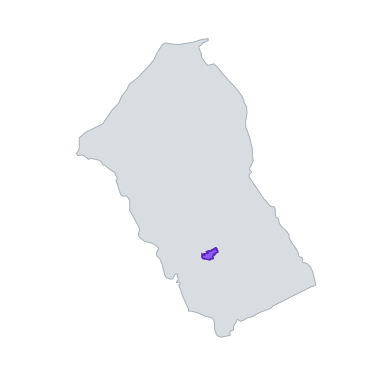 location of Tamale Metropolitan, Northern, Ghana, rotated 154°
{"feature_id": "2480657B1027184338147", "entity_name": "Tamale Metropolitan", "entity_type": "district", "adm_level": 2, "iso_a3": "GHA", "parent_name": "Ghana", "parent_adm1": "Northern", "projection": "natural_earth1", "projection_center": [-0.697, 9.383], "detail": "fine", "context": "in_parent", "style": "filled", "palette": "violet", "viewbox_px": 384, "rotation_deg": 154, "n_neighbors": 0, "source": "geoboundaries", "source_scale": "gbopen_adm2", "svg_char_len": 5445}
<svg xmlns="http://www.w3.org/2000/svg" viewBox="0 0 384 384"><g transform="rotate(154 192 192)"><path d="M229.5,48.7L232.0,51.4L232.6,53.0L231.7,58.9L229.8,63.0L228.7,66.9L228.8,68.8L230.0,70.8L233.8,73.8L235.7,75.8L238.0,78.8L240.7,81.7L245.2,85.5L247.1,86.2L247.0,87.3L246.4,88.7L246.0,102.9L245.6,106.5L245.3,108.4L244.9,113.7L244.4,114.4L243.6,114.4L242.8,114.6L242.6,115.6L242.9,116.7L245.6,117.5L245.0,118.3L243.0,119.0L242.1,120.6L242.5,122.4L241.4,123.9L241.7,124.9L242.4,125.6L243.6,125.3L246.7,122.9L248.1,122.6L249.7,123.1L252.8,126.8L252.9,128.7L251.7,134.9L250.5,139.7L250.3,146.1L251.6,149.7L251.4,151.7L250.0,153.4L246.8,155.9L247.1,157.6L248.5,160.8L251.2,164.3L256.4,168.6L259.1,174.3L259.2,176.6L257.6,178.9L255.7,180.9L255.1,183.8L256.0,202.8L251.9,211.0L251.8,213.4L252.2,216.1L253.3,217.8L255.4,218.2L257.2,219.8L256.6,225.6L255.6,231.5L255.5,234.4L255.0,235.7L253.4,236.8L252.8,238.7L253.2,241.0L252.9,242.7L253.8,244.9L255.6,247.6L258.7,254.4L259.8,255.0L260.3,256.4L260.0,257.8L261.2,260.8L264.5,263.8L268.1,266.4L270.9,266.8L271.6,269.2L273.5,272.2L274.8,273.5L277.0,274.3L278.8,274.8L278.9,277.3L275.7,279.0L273.5,281.6L271.8,285.6L269.6,290.0L261.7,292.3L258.7,292.3L242.5,292.4L227.3,301.0L218.6,304.1L213.3,308.9L206.1,312.3L201.0,316.5L190.6,318.5L173.4,325.1L168.0,327.7L162.6,332.3L153.8,337.6L150.3,337.6L143.4,332.6L138.2,330.0L125.5,326.2L116.0,324.7L111.4,323.1L110.2,322.8L111.2,321.0L113.9,320.9L116.7,321.4L118.8,320.1L121.9,319.9L122.7,318.4L122.9,314.8L122.9,311.9L124.0,310.6L124.3,307.2L122.7,299.6L121.7,298.7L116.1,297.6L115.7,296.1L114.7,294.5L113.7,290.6L112.5,284.7L110.5,277.5L106.8,265.5L105.9,261.3L105.3,257.0L105.1,251.9L105.9,250.0L105.8,247.3L105.5,244.7L108.1,238.6L113.3,231.2L114.3,228.5L115.3,226.6L115.4,223.9L116.4,215.2L118.8,204.8L120.4,200.8L121.4,198.7L122.7,195.2L123.0,193.5L127.8,189.4L129.9,188.3L130.4,186.7L129.7,184.9L130.0,183.7L131.1,183.1L132.9,182.6L134.2,181.0L132.2,168.0L130.6,155.1L130.5,154.0L129.5,152.3L128.6,146.9L127.0,143.8L124.8,142.9L124.8,140.0L127.0,135.0L127.6,132.1L126.5,131.2L126.4,129.0L127.2,125.3L126.8,123.1L126.4,120.7L124.1,115.0L123.5,111.0L124.7,108.7L124.7,103.6L123.4,95.7L123.2,90.7L124.1,88.6L123.7,86.7L122.0,84.8L121.9,83.0L123.3,81.2L123.1,79.8L121.3,78.8L119.7,76.4L118.3,72.5L118.6,66.4L121.3,55.0L121.7,54.0L124.7,54.1L124.7,54.6L134.2,54.5L145.0,54.4L158.0,54.2L169.7,54.1L170.2,53.6L172.2,52.9L184.1,54.1L191.5,53.5L194.6,53.9L196.9,54.7L202.1,54.2L204.8,54.5L206.9,57.3L207.7,57.3L208.9,56.1L210.9,54.7L213.0,53.6L214.5,51.4L215.4,49.7L216.7,50.1L218.7,50.0L220.0,48.6L220.5,46.4L229.5,48.7Z" fill="#d9dde1" stroke="#a8b0b8" stroke-width="1"/><path d="M209.7,126.1L209.4,126.2L205.9,123.2L205.3,123.6L205.2,123.3L204.8,123.5L204.7,123.7L204.5,123.8L204.4,123.8L204.3,124.0L204.3,123.9L204.2,123.9L204.3,123.9L204.3,123.7L204.2,123.7L203.9,123.5L203.7,123.5L203.6,123.4L203.4,123.3L203.4,123.2L203.2,123.1L202.9,122.9L202.7,122.8L202.6,123.0L202.4,123.3L202.3,123.2L201.9,123.2L201.8,123.3L201.7,123.9L201.8,124.8L201.7,125.1L201.1,125.4L201.0,125.5L200.9,125.6L200.6,125.7L200.2,125.9L200.0,126.1L199.8,126.2L199.6,126.4L199.5,126.1L199.5,125.9L199.4,126.0L199.4,125.8L199.3,125.5L199.1,125.5L198.8,125.8L198.5,126.3L198.1,126.3L198.1,126.6L195.1,126.6L194.9,127.6L194.7,127.7L194.7,127.9L194.7,128.1L194.7,128.4L194.8,128.4L194.9,128.6L195.0,128.8L195.2,129.1L195.3,129.2L195.2,129.2L195.2,129.3L195.1,129.5L194.9,129.6L194.6,129.7L194.6,129.8L194.6,130.2L194.6,130.5L194.7,130.9L194.7,131.0L194.8,131.2L194.9,131.3L195.1,131.4L195.3,131.4L195.5,131.4L195.6,131.5L195.7,131.4L195.8,131.4L196.0,131.5L196.4,131.3L196.5,131.3L196.7,131.2L196.9,131.1L197.0,131.0L197.3,131.0L197.5,130.9L197.8,131.3L197.9,131.2L198.0,131.2L198.6,131.0L198.8,131.1L199.0,131.1L199.0,131.3L199.1,131.5L199.1,131.4L199.3,131.3L199.5,131.4L199.8,131.3L199.8,131.2L200.0,130.9L200.3,130.8L200.4,130.7L200.7,130.5L200.8,130.6L201.0,130.8L201.3,131.0L201.5,131.0L201.9,131.2L202.1,131.3L202.3,131.4L202.3,131.5L202.6,131.5L202.8,131.6L203.0,131.6L203.4,131.7L203.5,131.7L203.5,131.8L203.7,131.7L203.8,131.7L203.8,131.8L204.0,131.8L204.3,131.9L204.5,131.9L204.6,132.0L204.8,132.1L205.0,132.2L205.0,132.3L205.0,132.2L204.9,132.1L205.0,132.1L204.9,131.9L204.7,131.9L204.4,131.8L204.4,131.7L204.3,131.4L204.4,131.2L204.3,130.9L204.2,130.7L204.2,130.4L204.2,130.2L204.3,130.1L204.5,130.2L204.9,130.5L205.3,130.9L205.4,130.7L205.4,130.3L205.4,130.2L205.5,130.2L205.8,130.3L206.0,130.4L206.2,130.5L206.3,130.5L206.5,130.5L206.9,130.6L207.0,130.6L207.3,130.5L207.5,130.6L207.4,130.6L207.5,130.7L207.4,130.7L207.4,130.8L207.5,130.9L207.6,131.0L207.7,130.9L207.8,130.9L207.8,131.0L207.8,130.9L208.0,130.8L208.1,130.7L208.2,130.8L208.2,130.7L208.3,130.8L208.4,130.7L208.5,130.5L208.5,130.4L208.6,130.2L208.7,130.3L208.8,130.2L209.0,130.0L209.3,130.2L209.4,130.3L209.5,130.6L209.7,131.0L209.8,131.1L209.9,131.3L210.0,131.7L210.1,131.9L210.2,131.7L210.3,131.7L210.3,131.4L210.4,131.2L210.5,131.1L210.6,130.9L210.7,130.7L210.8,130.7L210.7,130.7L210.7,130.4L210.8,130.3L210.9,130.2L211.2,130.2L211.3,130.1L211.3,129.9L211.3,129.7L211.4,129.3L211.5,129.2L211.4,129.0L211.5,128.9L211.5,128.7L211.6,128.3L211.6,128.2L211.3,127.8L211.3,127.5L211.3,127.4L210.9,127.4L210.9,127.2L210.7,127.0L210.4,127.1L210.1,127.1L209.9,127.0L209.9,126.9L209.7,126.9L209.6,126.7L209.7,126.4L209.8,126.3L209.7,126.2L209.7,126.1Z" fill="#8b5cf6" stroke="#5b21b6" stroke-width="1.5"/></g></svg>